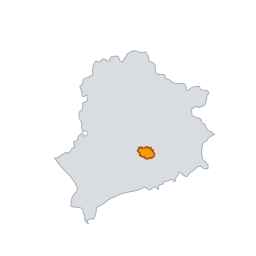 Lyuban, Minsk, Belarus (highlighted), rotated 331°
{"feature_id": "67162791B60458568388386", "entity_name": "Lyuban", "entity_type": "district", "adm_level": 2, "iso_a3": "BLR", "parent_name": "Belarus", "parent_adm1": "Minsk", "projection": "orthographic", "projection_center": [28.032, 52.73], "detail": "fine", "context": "in_parent", "style": "filled", "palette": "amber", "viewbox_px": 256, "rotation_deg": 331, "n_neighbors": 0, "source": "geoboundaries", "source_scale": "gbopen_adm2", "svg_char_len": 6200}
<svg xmlns="http://www.w3.org/2000/svg" viewBox="0 0 256 256"><g transform="rotate(331 128 128)"><path d="M200.6,175.5L197.0,175.5L192.8,175.8L190.5,177.6L187.8,176.9L186.0,177.9L182.0,182.6L180.4,185.2L179.0,189.0L178.1,191.9L178.7,193.9L179.6,195.7L179.8,197.6L180.3,199.2L179.2,200.3L178.7,202.0L176.9,201.8L174.6,200.3L174.1,198.0L172.3,196.5L171.2,195.7L169.3,195.7L166.4,196.5L162.6,197.1L159.7,197.3L158.1,198.2L155.8,199.0L154.8,198.1L153.5,195.6L152.4,193.0L151.6,191.9L151.0,191.6L150.2,191.7L149.3,192.5L148.7,193.4L146.2,194.3L145.2,195.3L144.0,197.6L143.3,197.5L142.4,196.9L141.5,194.3L140.2,193.7L138.2,193.7L135.7,193.2L133.6,192.4L132.9,192.6L131.7,193.7L130.3,193.8L127.5,192.8L126.9,193.3L125.2,196.2L124.4,196.3L124.0,195.9L124.2,193.4L122.6,192.5L119.8,192.4L117.8,192.7L116.8,192.6L116.3,192.1L113.9,187.9L112.7,187.6L110.4,187.8L107.0,187.2L103.1,186.2L101.0,185.8L99.9,184.8L97.5,184.4L91.1,182.5L88.5,182.1L84.6,181.9L78.8,181.3L75.0,181.4L73.2,181.9L71.2,182.2L64.2,182.3L61.7,182.7L60.9,183.5L60.0,185.4L56.9,188.6L54.0,190.7L53.5,190.9L51.9,189.6L50.5,189.1L48.9,188.9L47.8,189.2L47.0,189.7L47.0,192.3L46.8,192.5L45.7,189.4L46.0,186.6L46.8,185.1L47.7,183.7L47.5,181.5L48.5,178.7L48.6,176.7L48.3,175.8L47.7,174.7L46.0,173.5L45.3,172.5L42.9,171.2L40.6,169.5L40.2,168.6L40.4,168.0L40.9,167.1L42.9,164.5L45.1,161.9L46.4,160.9L53.3,157.9L54.5,156.8L54.8,154.7L55.0,150.6L54.8,146.9L54.4,144.3L53.4,139.4L50.6,129.2L49.2,118.7L50.5,119.4L53.6,119.8L56.1,119.2L57.4,119.2L58.5,119.5L61.8,119.1L62.6,120.1L64.0,121.0L67.0,119.9L69.6,118.6L72.2,118.9L72.6,118.2L73.4,114.5L74.3,113.7L77.4,114.2L78.6,113.6L79.9,111.9L81.8,110.8L83.3,110.9L85.0,109.7L85.7,110.5L86.1,112.1L85.5,113.3L85.7,113.8L86.8,114.4L88.7,114.4L90.0,114.0L90.3,113.3L90.3,112.0L90.1,110.8L89.3,109.8L87.8,109.2L86.7,109.2L86.6,108.5L87.0,107.2L88.0,104.7L89.2,102.4L89.9,101.6L90.1,100.8L90.0,99.4L90.1,96.9L91.2,93.4L92.7,90.8L94.5,90.0L96.8,89.6L98.3,88.4L99.0,87.0L99.7,84.7L100.4,84.3L105.8,84.7L106.7,82.5L107.1,81.8L108.2,81.2L108.9,80.4L108.6,79.8L107.3,79.4L104.1,78.9L103.4,78.2L103.7,77.3L104.6,75.0L105.5,72.0L105.9,69.7L106.0,68.3L106.5,68.0L109.1,67.6L110.0,67.1L112.2,64.0L114.0,63.5L118.3,64.4L120.4,64.3L122.9,64.6L123.2,64.2L124.1,61.1L128.4,56.1L130.7,54.4L132.2,54.0L132.7,54.1L135.0,56.7L135.6,56.8L137.1,55.7L139.8,55.6L141.0,56.5L142.8,59.8L143.8,60.1L146.3,58.3L147.8,57.7L148.7,57.7L153.7,60.1L154.1,60.9L154.1,61.9L153.4,64.8L154.5,66.6L155.7,67.8L158.2,65.7L159.1,65.1L160.1,65.1L161.5,64.3L162.4,63.2L163.4,62.7L165.2,63.0L168.4,62.6L172.3,64.2L172.6,64.8L174.6,66.8L175.3,67.8L176.0,68.1L177.0,69.1L178.4,69.7L179.4,69.5L179.8,69.8L180.3,70.6L180.4,71.9L180.4,75.8L179.1,77.9L179.0,78.6L179.1,79.5L180.2,81.1L181.7,83.7L182.1,85.2L182.2,86.3L180.4,89.8L179.8,90.6L179.4,92.2L179.2,93.9L179.4,94.6L182.8,97.1L185.2,98.5L185.8,99.1L185.9,99.6L184.7,102.5L184.6,103.3L186.6,104.4L187.8,106.2L188.9,109.2L190.9,112.0L198.0,115.9L198.7,116.7L198.9,117.6L198.8,119.6L197.7,123.5L199.0,124.0L202.0,123.6L205.8,123.9L210.5,126.3L210.5,127.5L210.1,128.7L210.5,129.8L211.1,130.7L215.2,133.5L215.6,134.4L215.8,135.8L215.7,136.9L214.7,137.2L213.5,137.8L211.6,139.2L210.9,141.0L207.9,143.7L206.0,145.0L204.4,145.1L200.6,144.8L199.2,143.6L198.6,142.5L197.1,142.1L195.2,142.1L192.6,142.5L192.0,142.8L191.7,144.3L190.7,146.7L189.9,148.1L193.5,152.6L195.3,154.5L195.9,155.7L195.9,156.5L195.2,157.5L195.4,159.5L197.2,162.1L196.6,162.5L196.6,165.8L196.8,169.3L197.3,170.1L198.2,170.7L199.1,171.9L200.5,174.8L200.6,175.5Z" fill="#d9dde1" stroke="#a8b0b8" stroke-width="1"/><path d="M135.7,165.5L136.0,165.5L136.3,165.5L136.6,165.5L136.9,165.4L137.2,165.3L137.3,165.1L137.4,164.9L137.6,164.5L137.8,164.3L138.1,164.1L138.4,163.9L138.7,163.7L138.7,163.3L138.6,162.5L138.6,162.0L138.5,161.3L138.4,160.7L138.4,160.4L138.9,160.2L139.2,159.9L139.4,159.6L139.0,159.2L138.8,159.1L138.6,158.9L138.4,158.7L138.1,158.5L137.8,158.4L137.4,158.4L137.2,158.1L137.3,157.7L137.4,157.2L137.7,157.2L137.9,157.2L138.2,156.9L138.5,156.6L138.6,156.3L138.1,156.2L137.9,156.1L137.7,156.1L137.4,156.0L137.0,155.9L136.8,155.9L136.6,155.8L136.4,155.7L136.3,155.2L136.4,154.8L136.5,154.7L136.5,154.4L136.4,154.3L136.3,154.1L136.1,154.1L135.9,154.1L135.7,154.2L135.4,154.3L135.2,154.4L134.9,154.4L134.9,154.2L134.8,153.9L134.8,153.6L134.7,153.4L134.4,153.4L134.2,153.4L133.9,153.2L133.6,153.1L133.4,153.2L133.2,153.3L132.8,153.3L132.5,153.3L132.2,153.3L132.0,153.2L131.7,153.2L131.4,153.1L131.2,153.1L130.9,153.1L130.7,152.9L130.7,152.7L130.6,152.3L130.7,152.2L130.8,151.9L130.7,151.7L130.7,151.4L130.8,151.2L130.7,151.0L130.4,151.1L130.4,151.3L130.2,151.5L129.8,151.7L129.6,151.8L129.4,151.8L129.3,151.7L129.2,151.5L129.1,151.4L128.9,151.2L128.9,150.7L128.7,150.6L128.3,150.4L128.0,150.4L127.9,150.4L127.7,150.5L127.5,151.0L127.5,151.3L127.4,151.4L127.3,151.5L127.1,151.6L126.9,151.6L126.7,151.7L126.5,151.8L126.4,151.9L126.3,152.0L126.2,152.1L125.9,152.2L125.9,152.3L126.0,152.6L125.9,152.7L125.8,152.8L125.7,152.8L125.3,152.8L125.2,152.8L125.2,153.0L125.3,153.3L125.5,153.5L125.6,153.9L125.7,154.2L125.8,154.3L125.9,154.5L126.0,154.6L125.9,154.9L125.9,155.0L126.0,155.2L126.1,155.3L126.2,155.5L125.8,155.6L125.7,155.7L125.7,155.8L125.7,156.0L125.8,156.2L125.8,156.3L125.7,156.5L125.7,156.9L125.7,157.1L125.4,157.3L125.2,157.3L124.9,157.4L124.9,157.5L125.0,157.7L125.1,157.8L125.3,158.1L125.4,158.4L125.4,158.6L125.5,158.7L125.6,158.8L125.8,158.8L126.0,158.9L126.3,159.1L126.5,159.3L126.6,159.5L126.6,159.8L126.6,160.1L126.7,160.4L126.8,160.5L127.0,160.7L127.3,160.7L127.5,160.7L127.6,160.8L127.8,161.0L128.0,161.1L128.3,161.1L128.3,161.3L128.3,161.5L128.2,161.6L128.1,161.8L128.2,162.0L128.3,162.4L128.3,162.6L128.3,162.8L128.3,163.0L128.4,163.3L128.6,163.3L128.9,163.3L129.0,163.2L129.2,163.3L129.4,163.4L129.5,163.5L129.6,163.9L129.6,164.0L129.7,164.3L129.8,164.4L129.9,164.5L130.0,164.6L130.5,164.6L130.8,164.7L131.0,164.7L131.5,164.6L131.8,164.5L132.2,164.5L132.4,164.4L132.7,164.4L132.9,164.5L132.9,164.8L133.0,165.1L133.0,165.4L133.2,165.6L133.5,165.4L133.9,165.3L134.0,165.3L134.3,165.6L134.5,165.8L134.7,165.7L135.1,165.6L135.4,165.6L135.6,165.5L135.7,165.5Z" fill="#f59e0b" stroke="#b45309" stroke-width="1.5"/></g></svg>